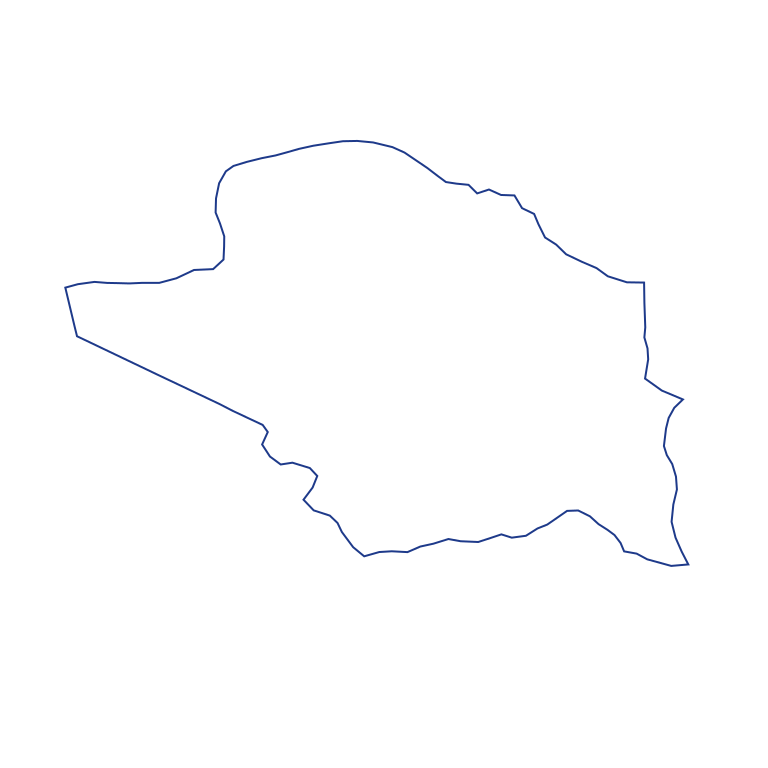 Águas Lindas de Goiás, Goiás, Brazil (Robinson projection), rotated 256°
{"feature_id": "56859067B76807503116989", "entity_name": "Águas Lindas de Goiás", "entity_type": "district", "adm_level": 2, "iso_a3": "BRA", "parent_name": "Brazil", "parent_adm1": "Goiás", "projection": "robinson", "projection_center": [-48.29, -15.745], "detail": "fine", "context": "isolated", "style": "outline", "palette": "blue", "viewbox_px": 768, "rotation_deg": 256, "n_neighbors": 0, "source": "geoboundaries", "source_scale": "gbopen_adm2", "svg_char_len": 1626}
<svg xmlns="http://www.w3.org/2000/svg" viewBox="0 0 768 768"><g transform="rotate(256 384 384)"><path d="M554.6,98.1L514.5,97.7L504.6,97.7L448.0,166.3L404.4,219.5L394.3,231.0L373.6,256.4L365.5,259.6L354.8,251.1L341.2,255.8L330.9,264.3L329.8,276.1L320.4,291.7L310.9,297.0L300.8,289.7L291.2,277.9L278.4,285.2L269.4,299.6L260.4,305.3L250.6,307.3L233.1,314.6L221.6,323.1L222.1,338.8L219.8,351.1L215.2,366.1L217.5,379.9L217.1,393.3L218.0,409.0L212.9,420.3L207.9,437.2L208.8,450.1L209.7,461.5L204.0,470.8L202.4,485.0L206.7,498.0L208.1,508.4L212.2,519.3L216.6,530.9L214.3,541.8L205.8,551.8L196.1,558.3L188.4,565.6L181.7,571.1L172.5,575.1L163.5,576.5L158.3,588.1L150.2,597.0L138.0,618.7L135.3,635.6L149.3,632.3L164.4,629.7L180.7,629.7L197.1,635.6L210.8,642.7L223.5,644.9L236.6,644.3L246.6,641.2L256.1,640.6L272.6,646.9L282.2,652.0L290.7,659.9L296.7,670.3L310.4,652.0L326.1,638.6L344.0,646.3L354.8,648.3L366.2,647.9L375.7,651.2L399.8,656.3L419.5,660.9L423.9,644.3L434.4,627.2L445.0,618.3L454.6,605.7L465.8,592.1L477.6,584.8L487.2,575.7L501.7,572.5L512.7,570.8L521.2,560.5L535.4,556.2L539.1,543.3L547.3,532.9L546.4,520.5L556.8,514.2L560.9,502.7L565.0,492.9L572.8,486.5L583.1,478.3L593.7,468.8L603.6,459.9L611.8,449.5L621.0,431.9L626.3,416.9L629.5,402.9L630.9,388.7L632.3,373.0L632.7,358.4L632.3,346.5L632.0,334.1L632.7,319.9L632.7,304.5L632.0,290.7L628.6,282.0L618.7,272.6L604.7,265.9L591.1,262.1L579.5,263.7L565.9,264.7L556.0,262.1L543.6,258.4L536.8,246.0L540.6,227.2L536.8,208.1L536.5,190.3L540.6,174.0L543.2,161.2L546.4,149.7L549.1,139.7L553.1,127.8L554.9,111.1L554.6,98.1Z" fill="none" stroke="#1e3a8a" stroke-width="2"/></g></svg>